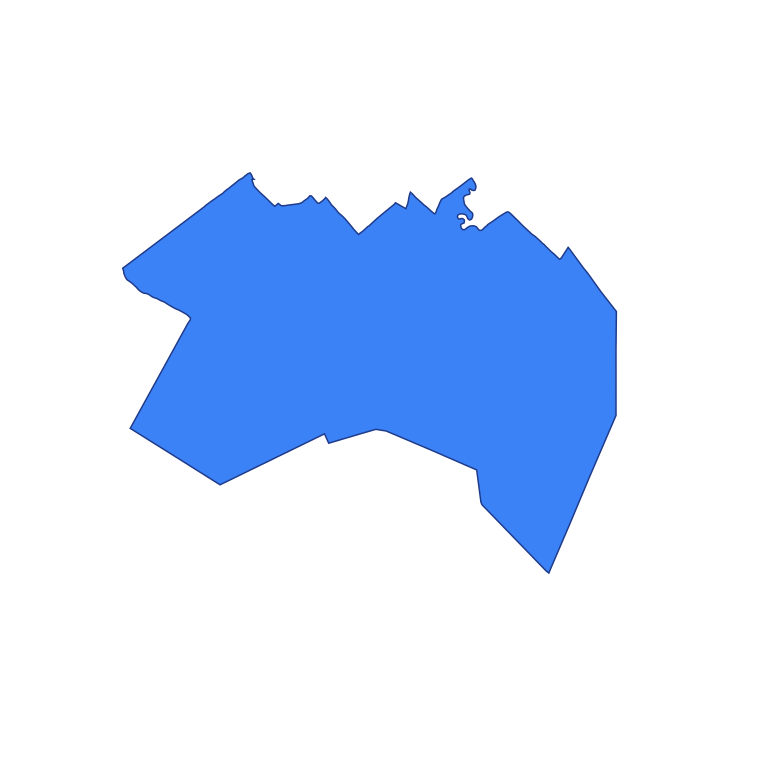 Banan, Batdâmbâng, Cambodia, rotated 323°
{"feature_id": "14789045B38082760726943", "entity_name": "Banan", "entity_type": "district", "adm_level": 2, "iso_a3": "KHM", "parent_name": "Cambodia", "parent_adm1": "Batdâmbâng", "projection": "natural_earth1", "projection_center": [103.091, 12.952], "detail": "fine", "context": "isolated", "style": "filled", "palette": "blue", "viewbox_px": 768, "rotation_deg": 323, "n_neighbors": 0, "source": "geoboundaries", "source_scale": "gbopen_adm2", "svg_char_len": 3855}
<svg xmlns="http://www.w3.org/2000/svg" viewBox="0 0 768 768"><g transform="rotate(323 384 384)"><path d="M245.0,134.3L244.1,136.9L242.9,139.0L242.4,140.5L241.7,143.4L241.5,146.0L242.5,148.9L243.4,152.0L243.9,154.7L244.4,157.5L244.6,160.3L244.9,162.3L245.7,164.7L246.9,167.0L248.3,168.3L249.1,169.3L250.2,171.2L250.7,173.0L251.4,174.9L252.3,176.6L253.7,178.5L254.8,180.5L255.6,182.6L256.6,184.3L257.4,185.5L258.2,187.1L258.8,188.9L259.7,191.2L260.6,193.5L261.9,196.5L263.1,199.0L264.2,200.7L264.9,202.1L266.0,204.4L267.1,207.0L268.0,209.0L268.5,210.7L268.8,211.9L268.8,213.1L269.2,214.8L267.8,216.2L263.5,217.7L154.6,266.7L155.0,267.7L173.6,316.4L192.4,365.8L306.5,388.0L304.2,398.0L317.9,403.1L333.9,409.1L350.2,415.3L357.4,422.8L380.8,463.3L401.3,499.6L406.3,508.4L390.3,536.7L389.6,539.4L401.0,631.0L401.9,634.2L406.1,631.7L447.3,608.1L491.0,582.6L527.8,561.6L550.4,548.7L589.7,496.5L613.2,466.0L612.8,440.5L613.4,418.0L613.1,411.9L613.4,387.2L613.3,385.7L601.3,390.1L599.3,390.1L598.8,387.7L598.5,385.6L598.2,383.4L597.2,379.1L596.0,371.2L595.8,369.0L595.2,366.9L594.9,364.4L594.4,361.6L593.9,359.2L593.5,357.1L592.2,353.1L591.5,348.9L590.5,343.5L589.9,339.8L589.3,334.8L587.6,323.8L587.1,321.8L586.0,320.7L584.2,320.3L580.6,320.0L576.4,319.6L568.8,319.5L562.9,319.1L561.0,319.5L558.9,319.4L557.1,319.8L554.7,320.0L553.9,319.7L552.5,318.5L552.6,317.2L552.4,316.3L552.4,315.2L552.4,314.4L552.1,313.4L551.3,312.3L550.2,311.1L548.8,310.2L547.3,309.5L544.1,309.2L542.1,309.4L540.8,309.0L539.8,308.0L539.5,306.3L540.0,304.8L540.5,303.6L541.5,302.8L543.4,303.2L544.8,303.6L546.3,302.3L546.9,301.2L546.5,299.6L545.9,298.7L544.7,298.1L543.6,297.7L542.9,296.9L543.0,295.6L543.5,294.2L545.0,293.5L546.6,293.8L548.1,294.6L549.0,295.4L550.2,296.6L551.0,298.0L551.2,299.2L550.8,300.9L550.5,302.1L550.6,303.5L551.1,304.6L553.0,305.0L554.2,304.5L555.5,303.6L556.5,302.6L557.4,301.1L557.3,299.7L556.9,298.1L556.8,296.8L556.6,295.0L556.5,293.6L556.4,292.0L556.4,290.2L556.7,288.3L557.5,286.8L558.8,284.3L559.9,282.7L561.8,282.4L563.5,282.6L565.1,283.3L566.4,283.9L567.7,283.2L568.0,282.5L568.3,281.5L568.5,280.3L569.4,279.6L570.7,281.0L570.7,281.8L571.4,282.8L572.3,283.6L573.5,283.9L575.0,282.9L575.9,282.1L576.8,280.6L577.3,279.2L577.5,277.9L577.7,276.3L577.7,274.7L578.0,273.5L577.8,272.2L576.5,271.9L573.7,271.8L571.0,271.8L567.7,271.9L564.8,271.9L561.1,271.9L556.1,271.7L552.6,272.0L549.3,271.8L545.9,271.7L542.8,271.3L541.0,271.1L538.0,272.6L534.7,274.6L531.3,276.4L528.8,278.2L527.0,278.7L526.6,278.0L526.3,276.7L525.8,274.9L525.2,271.7L524.5,268.0L523.7,265.2L522.7,259.8L522.0,256.3L521.5,253.8L521.2,250.2L520.8,247.9L520.5,246.7L518.3,248.2L515.6,250.5L514.0,252.1L511.6,254.2L509.2,255.7L507.1,257.2L506.0,254.9L504.9,252.4L503.4,248.8L502.3,246.2L499.7,246.7L489.0,247.1L478.3,247.6L467.1,248.7L466.1,248.5L461.8,248.9L458.8,249.2L455.4,249.1L453.5,249.2L453.5,247.4L453.0,242.9L452.9,239.3L452.7,234.8L452.4,229.6L451.9,225.3L450.7,219.8L450.6,215.0L449.9,209.6L450.1,204.1L450.0,202.0L449.7,199.9L447.6,200.4L444.6,200.7L441.0,200.6L440.0,199.9L439.6,196.4L439.5,193.1L439.2,190.2L438.1,189.1L434.3,189.8L430.7,189.6L427.4,189.7L424.3,188.7L421.9,187.3L418.7,185.5L415.0,183.4L410.9,181.2L409.2,179.7L408.7,177.7L408.2,176.1L405.5,176.3L403.7,176.3L402.9,172.5L402.2,167.7L401.3,162.1L400.3,156.9L399.7,152.1L399.4,149.2L399.4,147.4L399.7,146.3L400.1,145.4L400.4,144.4L400.7,143.5L401.2,142.3L401.6,141.2L402.4,141.5L403.3,142.2L403.1,141.0L403.2,140.3L403.6,138.9L403.8,138.1L404.0,137.3L404.1,135.7L404.1,134.8L401.6,134.1L399.3,134.3L398.0,134.1L396.1,134.4L394.3,134.3L391.1,133.8L389.6,133.9L387.6,134.0L384.1,134.1L381.6,134.1L378.3,134.3L375.5,134.2L372.5,134.3L369.7,134.7L366.5,134.4L363.5,134.3L359.9,134.3L356.7,134.1L354.2,134.1L352.2,134.1L350.0,134.0L347.3,134.3L245.0,134.3Z" fill="#3b82f6" stroke="#1e3a8a" stroke-width="1.5"/></g></svg>